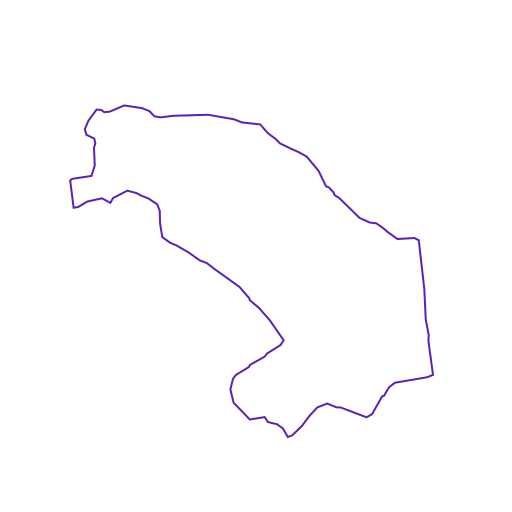 the district of Santa Cruz Naranjo, Santa Rosa, Guatemala, rotated 343°
{"feature_id": "79465075B20602166984582", "entity_name": "Santa Cruz Naranjo", "entity_type": "district", "adm_level": 2, "iso_a3": "GTM", "parent_name": "Guatemala", "parent_adm1": "Santa Rosa", "projection": "robinson", "projection_center": [-90.385, 14.383], "detail": "fine", "context": "isolated", "style": "outline", "palette": "violet", "viewbox_px": 512, "rotation_deg": 343, "n_neighbors": 0, "source": "geoboundaries", "source_scale": "gbopen_adm2", "svg_char_len": 1541}
<svg xmlns="http://www.w3.org/2000/svg" viewBox="0 0 512 512"><g transform="rotate(343 256 256)"><path d="M390.5,421.4L396.1,387.5L398.1,381.9L399.8,366.2L407.3,336.8L413.4,303.8L416.3,288.6L412.7,285.1L396.2,281.1L388.8,271.4L385.7,266.4L380.7,260.0L374.5,257.2L366.1,249.8L352.8,225.3L349.0,220.8L348.8,217.9L345.7,211.6L343.3,209.8L340.8,193.2L338.7,188.0L333.5,175.7L326.6,168.6L321.9,164.6L312.0,155.5L309.8,151.5L308.9,149.7L303.2,141.9L298.5,131.4L281.7,124.2L274.9,118.8L251.4,106.9L218.1,97.8L205.2,95.5L199.7,92.7L198.0,89.4L196.5,86.3L190.3,81.3L174.0,73.5L158.1,75.2L152.9,74.1L150.7,71.0L146.3,69.4L135.4,77.5L129.3,84.8L129.3,90.6L132.5,93.5L135.6,96.4L135.3,101.3L132.7,105.1L128.3,122.2L122.1,131.3L102.8,128.5L100.4,129.4L95.7,156.5L100.0,157.2L110.5,154.6L125.6,155.8L132.2,162.6L136.3,158.8L152.0,155.9L160.0,160.8L163.3,164.2L170.1,169.7L176.6,177.6L177.2,184.5L173.8,196.8L171.9,210.5L177.5,217.9L180.0,220.2L182.6,222.2L193.1,233.5L200.9,243.7L207.0,248.5L212.1,255.8L224.8,272.4L231.2,280.8L233.8,286.9L237.2,294.3L237.1,296.3L243.7,306.7L250.4,321.5L257.8,344.7L253.5,348.3L238.0,352.5L235.1,354.7L218.6,358.3L216.6,360.1L202.0,363.9L198.2,366.6L192.5,376.0L191.7,389.8L199.2,404.4L202.2,410.5L217.2,412.6L218.8,418.1L220.8,419.4L223.2,420.9L226.8,422.9L231.3,428.7L233.5,438.4L238.2,438.1L250.2,432.0L260.1,424.7L270.4,418.7L280.9,417.9L288.8,424.3L292.5,425.5L314.6,442.6L320.7,441.2L335.6,427.1L337.5,427.1L345.0,420.3L351.8,417.8L384.4,422.0L390.5,421.4Z" fill="none" stroke="#5b21b6" stroke-width="2"/></g></svg>